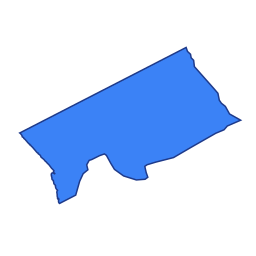 Ngellau, Ngiwal, Palau (Robinson projection), rotated 147°
{"feature_id": "81905179B11216366066462", "entity_name": "Ngellau", "entity_type": "district", "adm_level": 2, "iso_a3": "PLW", "parent_name": "Palau", "parent_adm1": "Ngiwal", "projection": "robinson", "projection_center": [134.631, 7.567], "detail": "fine", "context": "isolated", "style": "filled", "palette": "blue", "viewbox_px": 256, "rotation_deg": 147, "n_neighbors": 0, "source": "geoboundaries", "source_scale": "gbopen_adm2", "svg_char_len": 2067}
<svg xmlns="http://www.w3.org/2000/svg" viewBox="0 0 256 256"><g transform="rotate(147 128 128)"><path d="M29.3,73.2L35.2,84.5L34.6,93.1L36.2,97.9L36.3,101.6L33.7,108.1L34.3,112.7L38.9,143.3L36.1,149.0L36.8,152.5L35.4,155.8L36.4,159.8L35.4,163.9L221.5,182.8L221.2,182.0L221.1,180.9L221.0,179.6L221.5,178.2L220.8,176.8L221.0,176.1L220.9,175.5L220.5,174.4L220.4,173.5L220.3,172.6L220.1,171.8L220.1,170.6L219.8,169.5L219.7,168.6L219.3,168.1L219.5,167.2L219.0,166.8L219.0,165.5L218.6,164.1L218.4,162.6L218.2,161.0L218.0,159.7L217.8,157.9L217.5,156.4L217.1,156.1L217.3,155.2L216.6,153.5L216.5,152.1L216.8,151.2L216.6,150.2L216.4,149.8L216.1,148.7L215.7,147.6L215.6,146.6L215.5,145.6L215.4,144.9L215.0,144.0L214.9,142.6L214.6,141.4L214.3,140.1L214.2,138.7L214.1,137.1L214.0,135.6L213.7,134.6L213.5,133.3L213.4,132.4L214.2,132.0L214.5,131.8L214.5,131.3L214.6,130.9L214.4,130.5L214.3,130.2L214.2,129.7L214.4,129.6L214.7,129.7L214.7,130.3L215.1,130.7L215.3,131.0L215.5,131.3L216.1,131.6L216.6,131.6L217.0,131.4L217.4,131.2L217.7,130.8L218.0,130.3L218.1,129.7L218.3,129.6L218.3,129.3L218.5,129.1L218.7,128.5L218.9,127.7L219.5,126.8L219.7,126.1L219.5,125.6L219.4,124.8L219.2,124.6L219.5,124.2L219.7,123.6L219.8,123.0L220.2,122.4L220.5,121.5L220.4,120.9L220.2,120.4L220.3,120.0L220.1,119.3L220.4,118.9L220.7,118.3L220.9,118.2L221.1,117.3L221.3,116.8L221.3,116.2L221.3,115.7L221.2,115.0L221.0,114.5L221.0,114.1L221.8,113.8L222.3,113.3L222.8,112.7L223.2,111.7L223.6,110.9L223.6,110.7L223.9,110.4L224.6,109.2L224.8,108.5L224.8,108.1L225.0,108.0L225.4,107.6L225.4,107.0L225.2,106.7L224.8,106.6L224.7,106.2L225.0,106.0L225.4,105.9L225.2,105.5L225.5,105.3L226.0,104.7L226.3,104.2L226.6,103.6L226.6,103.1L226.7,102.7L226.5,102.0L208.4,100.2L197.5,109.7L190.5,114.1L184.4,114.8L182.7,119.6L178.2,122.0L175.6,121.3L166.9,120.3L161.9,119.1L161.0,116.8L161.7,107.6L161.9,100.7L157.8,90.2L149.3,79.9L141.6,75.7L138.2,75.9L137.0,80.8L134.8,86.7L132.0,86.8L123.1,84.2L105.9,78.4L85.0,77.4L57.2,75.8L48.4,74.2L43.6,75.6L29.3,73.2Z" fill="#3b82f6" stroke="#1e3a8a" stroke-width="1.5"/></g></svg>